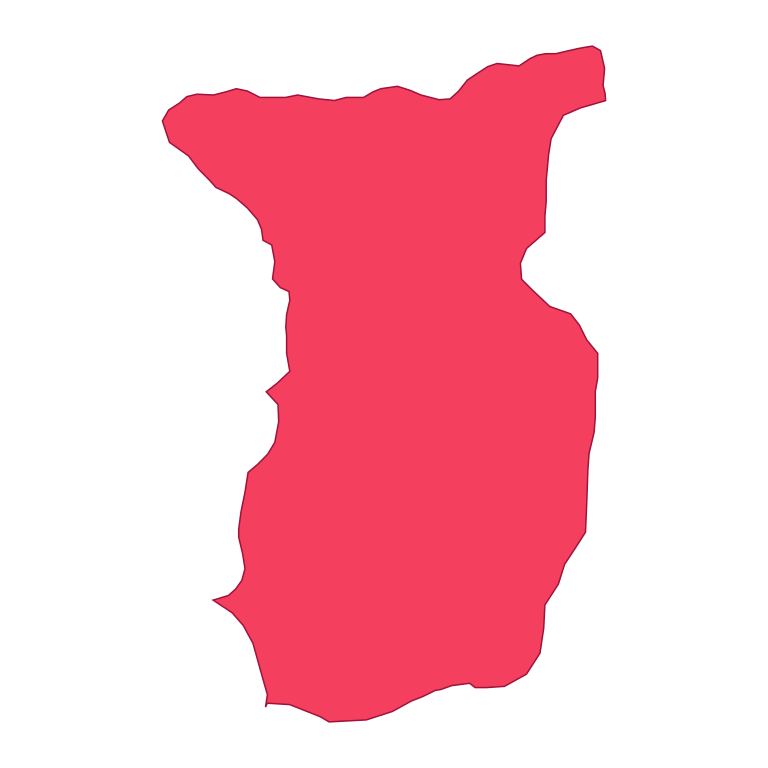 Askeia, Cyprus
{"feature_id": "46923920B6105070977728", "entity_name": "Askeia", "entity_type": "district", "adm_level": 2, "iso_a3": "CYP", "parent_name": "Cyprus", "parent_adm1": "", "projection": "mercator", "projection_center": [33.61, 35.152], "detail": "fine", "context": "isolated", "style": "filled", "palette": "rose", "viewbox_px": 768, "rotation_deg": 0, "n_neighbors": 0, "source": "geoboundaries", "source_scale": "gbopen_adm2", "svg_char_len": 1762}
<svg xmlns="http://www.w3.org/2000/svg" viewBox="0 0 768 768"><path d="M265.5,707.1L267.4,703.2L289.7,704.6L320.2,716.7L329.1,721.9L366.3,719.9L391.3,711.8L392.3,711.5L411.6,700.9L423.1,696.4L435.5,690.3L440.5,689.6L451.8,685.6L469.7,683.3L475.1,687.6L475.9,687.6L486.0,687.6L504.4,686.4L526.5,674.1L540.0,653.1L543.7,628.4L544.9,605.0L558.4,584.0L564.6,564.3L574.4,549.5L585.5,532.2L586.7,503.8L587.9,469.3L589.1,453.3L594.1,432.3L595.3,417.5L595.3,391.6L597.7,378.0L597.7,353.4L586.7,339.8L579.3,325.0L570.7,313.9L549.8,306.5L532.7,290.4L521.6,279.3L520.4,263.3L526.5,248.5L544.9,232.5L544.9,216.4L546.2,201.6L546.2,180.7L548.6,154.7L551.1,138.7L563.4,115.3L580.5,107.9L605.6,100.6L605.1,93.6L603.1,85.5L604.6,68.3L600.5,50.6L592.5,46.1L586.0,47.1L577.9,48.6L566.8,51.1L555.8,53.7L545.7,53.7L537.2,55.2L530.2,58.5L519.1,65.9L497.0,63.5L487.8,66.6L476.8,73.7L467.4,80.0L458.7,91.0L450.1,98.9L439.1,99.7L421.0,95.0L410.0,90.3L397.4,86.3L380.9,88.7L373.1,91.8L363.6,97.4L346.3,97.4L334.5,100.5L318.8,98.9L297.6,95.0L285.8,97.4L270.1,97.4L259.9,97.4L247.3,91.0L236.3,88.7L226.1,91.8L213.5,95.0L197.0,94.2L186.8,96.6L179.7,102.9L168.7,110.0L162.4,121.0L169.5,142.4L188.4,155.8L198.6,169.2L209.6,180.3L215.9,187.4L229.2,193.7L236.3,198.4L247.3,207.9L257.5,219.7L261.5,229.2L263.0,240.3L271.7,245.0L274.8,261.6L272.5,278.9L280.3,287.6L289.0,291.6L289.8,300.3L286.6,314.5L285.8,327.1L286.6,335.8L286.6,353.2L289.8,371.3L277.2,383.2L266.2,391.8L278.0,404.5L278.7,421.8L274.8,442.4L267.7,454.2L257.5,464.5L248.1,472.4L245.0,492.1L241.0,511.8L238.7,529.2L238.7,537.1L242.6,553.7L245.0,568.7L241.8,580.5L235.5,589.2L228.4,595.5L213.1,600.1L232.3,612.9L243.4,625.7L253.0,643.4L261.0,672.2L267.4,694.7L265.5,707.1Z" fill="#f43f5e" stroke="#9f1239" stroke-width="1.5"/></svg>